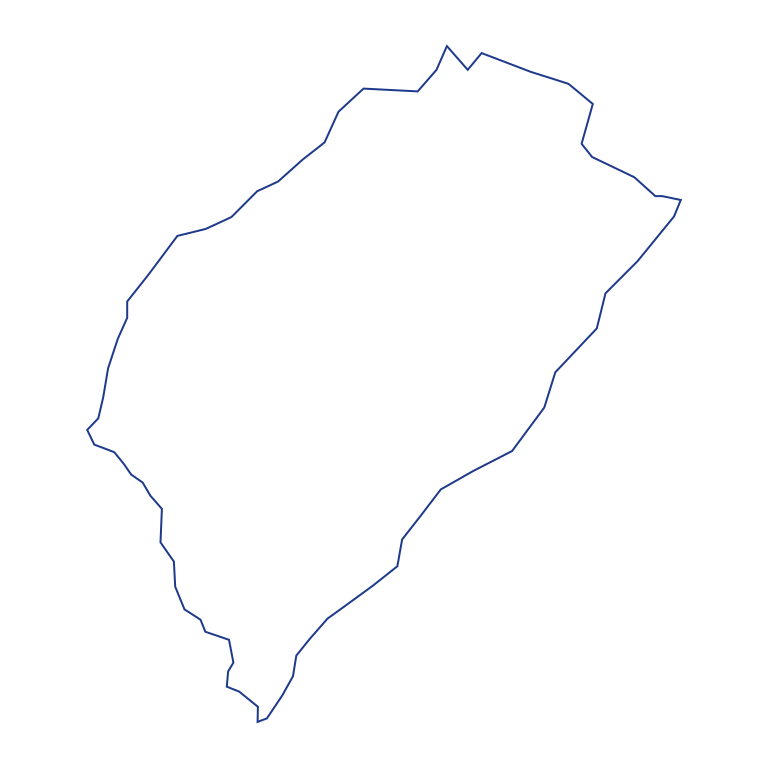 outline of Ayia Marina Kelokedharon, Paphos, Cyprus
{"feature_id": "46923920B72864287320521", "entity_name": "Ayia Marina Kelokedharon", "entity_type": "district", "adm_level": 2, "iso_a3": "CYP", "parent_name": "Cyprus", "parent_adm1": "Paphos", "projection": "mercator", "projection_center": [32.613, 34.821], "detail": "fine", "context": "isolated", "style": "outline", "palette": "blue", "viewbox_px": 768, "rotation_deg": 0, "n_neighbors": 0, "source": "geoboundaries", "source_scale": "gbopen_adm2", "svg_char_len": 1003}
<svg xmlns="http://www.w3.org/2000/svg" viewBox="0 0 768 768"><path d="M257.6,721.9L266.9,718.4L282.3,695.4L293.0,676.2L296.3,655.6L307.1,642.2L310.3,638.3L327.5,618.6L345.7,605.5L373.2,585.4L397.4,566.2L402.1,539.5L420.8,515.6L440.8,489.4L473.0,471.1L512.1,451.0L544.3,407.5L555.3,372.3L596.8,328.4L605.5,293.3L637.6,261.1L674.0,216.5L680.8,200.0L662.2,196.1L655.3,196.1L634.4,177.3L592.1,157.0L581.6,143.8L592.8,104.0L575.5,89.6L568.4,83.8L530.9,71.9L481.6,53.1L467.7,69.8L446.9,46.1L436.5,69.8L417.7,91.4L363.5,88.6L338.5,111.7L324.6,142.4L302.4,159.8L278.1,181.5L257.2,191.2L231.5,217.0L205.8,228.9L177.4,235.9L148.2,275.0L127.2,301.5L127.2,317.8L117.8,338.8L108.1,368.3L103.2,397.3L98.3,418.3L87.2,429.9L94.3,444.6L114.3,452.2L124.1,464.3L131.2,474.6L142.7,482.6L150.3,495.6L161.9,508.9L160.5,542.4L173.9,561.6L175.2,586.7L184.5,609.4L200.5,619.7L205.4,631.8L229.0,639.8L233.4,662.6L228.1,671.5L226.8,686.7L239.2,691.6L257.9,706.8L257.6,721.9Z" fill="none" stroke="#1e3a8a" stroke-width="2"/></svg>